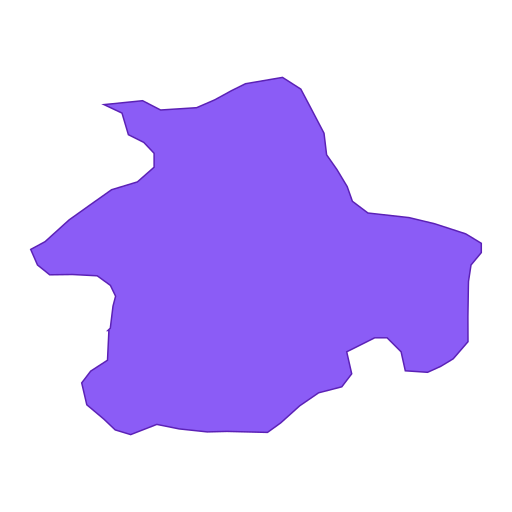 outline of Nora, Orebro, Sweden
{"feature_id": "70781695B8757223654229", "entity_name": "Nora", "entity_type": "district", "adm_level": 2, "iso_a3": "SWE", "parent_name": "Sweden", "parent_adm1": "Orebro", "projection": "equal_earth", "projection_center": [14.906, 59.57], "detail": "fine", "context": "isolated", "style": "filled", "palette": "violet", "viewbox_px": 512, "rotation_deg": 0, "n_neighbors": 0, "source": "geoboundaries", "source_scale": "gbopen_adm2", "svg_char_len": 1004}
<svg xmlns="http://www.w3.org/2000/svg" viewBox="0 0 512 512"><path d="M107.9,330.5L108.9,330.5L107.5,360.2L90.7,371.1L81.7,382.9L86.8,404.8L103.6,418.9L115.2,429.9L130.7,434.6L132.2,434.0L156.8,424.4L179.1,428.9L207.2,431.9L227.0,431.4L267.5,432.4L280.7,422.9L299.7,405.8L318.6,392.8L341.8,386.8L351.7,373.8L346.7,351.8L374.7,337.8L387.1,337.8L401.1,351.8L405.3,370.8L427.6,372.3L440.8,366.3L453.2,358.8L468.0,341.7L467.9,316.8L468.4,285.3L468.5,281.4L471.0,265.0L481.3,252.6L481.3,243.3L465.8,233.9L434.8,223.8L409.1,217.6L367.9,213.0L352.4,201.3L347.2,186.6L336.9,169.5L326.6,154.8L324.0,133.2L309.8,106.1L300.8,89.1L282.5,77.4L245.5,83.7L231.4,90.7L214.6,99.9L196.6,107.7L160.6,110.0L142.6,100.7L104.0,104.6L122.0,113.1L128.4,134.7L143.8,142.4L154.1,153.3L154.1,167.2L137.4,181.9L111.6,189.7L89.7,205.2L69.1,219.9L45.0,241.7L30.7,249.4L37.5,265.0L49.7,274.8L72.4,274.5L97.2,275.8L110.4,285.4L115.6,296.2L113.0,306.1L110.3,328.2L107.9,330.5Z" fill="#8b5cf6" stroke="#5b21b6" stroke-width="1.5"/></svg>